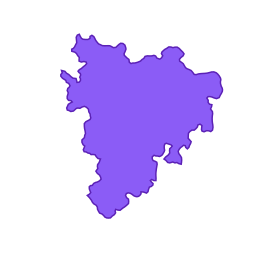 the district of Pavão, Minas Gerais, Brazil, rotated 288°
{"feature_id": "56859067B53491956407625", "entity_name": "Pavão", "entity_type": "district", "adm_level": 2, "iso_a3": "BRA", "parent_name": "Brazil", "parent_adm1": "Minas Gerais", "projection": "orthographic", "projection_center": [-41.066, -17.465], "detail": "fine", "context": "isolated", "style": "filled", "palette": "violet", "viewbox_px": 256, "rotation_deg": 288, "n_neighbors": 0, "source": "geoboundaries", "source_scale": "gbopen_adm2", "svg_char_len": 4625}
<svg xmlns="http://www.w3.org/2000/svg" viewBox="0 0 256 256"><g transform="rotate(288 128 128)"><path d="M202.1,52.7L200.7,51.1L198.3,50.7L195.5,51.9L193.2,52.9L191.3,52.5L188.5,52.1L186.8,51.4L185.6,50.1L183.6,50.8L183.7,54.0L182.9,56.0L181.3,57.8L180.0,59.9L178.4,60.2L176.5,60.8L176.3,63.2L177.6,65.5L177.8,67.8L176.4,68.8L174.4,67.9L172.5,66.6L170.1,65.2L168.5,63.7L166.6,62.9L165.6,64.2L165.1,65.8L163.8,66.6L161.4,66.4L160.1,67.6L158.4,68.1L156.5,67.4L155.6,65.4L157.2,64.5L159.0,63.3L158.4,60.2L159.2,57.9L160.6,55.1L161.1,52.6L162.4,50.5L162.2,47.0L160.2,48.4L158.1,47.6L156.5,48.1L155.1,50.3L154.6,52.1L154.1,54.1L152.4,55.3L152.1,57.8L150.3,59.8L148.4,59.4L147.1,58.5L144.8,58.6L143.0,60.3L141.0,60.4L139.3,60.4L137.2,61.1L135.9,62.9L136.4,65.4L135.5,66.9L133.9,65.4L132.1,63.9L129.9,63.7L128.1,63.5L126.3,64.7L126.4,66.4L126.0,68.5L127.3,70.9L129.1,71.9L130.7,72.8L131.5,74.1L131.9,76.2L133.8,77.9L135.1,79.8L134.9,82.0L133.7,84.5L131.2,85.8L129.5,87.7L128.0,88.3L126.1,89.5L124.4,89.3L122.9,87.9L121.0,86.0L118.7,85.1L116.3,85.9L114.2,86.8L111.8,88.2L109.5,89.3L107.7,89.1L105.4,89.5L103.9,88.7L102.4,87.9L100.2,88.6L98.2,90.5L97.5,92.4L95.9,92.4L93.5,92.2L91.9,93.6L92.3,95.7L91.8,97.6L92.1,99.4L91.3,101.1L92.0,102.9L92.4,104.9L90.9,106.7L89.7,108.9L90.0,111.4L88.4,111.3L86.2,111.2L83.8,110.4L81.9,110.8L80.1,111.8L78.6,111.3L77.0,110.8L75.4,112.8L74.4,115.5L72.7,117.2L71.0,118.2L68.9,117.2L67.1,115.5L66.2,114.0L64.7,112.5L62.4,111.8L61.6,110.1L60.1,109.3L58.0,110.1L56.4,111.4L55.1,112.5L53.2,111.8L51.3,110.1L49.9,112.8L48.0,115.5L46.3,117.2L45.3,118.9L44.7,121.6L43.4,123.2L41.2,124.2L39.6,125.8L38.3,127.3L38.2,129.8L37.2,132.0L36.2,133.4L35.9,135.5L36.3,137.2L37.1,139.1L39.5,140.3L41.4,141.8L43.5,142.4L45.1,141.4L46.8,141.4L46.8,143.7L47.3,145.9L49.3,147.2L50.6,148.1L51.8,149.1L53.9,150.5L56.3,151.8L58.5,151.3L60.5,150.4L61.3,148.2L63.1,146.5L65.2,146.7L66.4,148.3L66.6,150.4L66.2,152.3L65.4,154.3L65.2,156.0L65.4,157.7L66.3,159.2L67.6,160.1L69.4,160.7L71.3,160.1L71.9,162.6L71.8,165.7L73.6,166.7L75.8,166.5L78.4,166.6L79.6,168.2L81.4,169.3L82.9,169.0L83.8,167.1L84.9,165.5L86.4,166.5L86.0,169.0L86.6,170.8L88.8,170.2L91.1,169.3L93.5,168.5L95.3,168.1L97.9,167.6L100.5,167.2L102.6,166.9L104.3,166.0L104.7,164.3L104.8,161.9L106.3,160.5L108.1,160.0L110.1,161.2L110.0,163.1L110.5,164.8L110.6,166.7L111.7,168.0L113.2,169.0L114.8,169.3L116.5,169.7L118.2,169.7L120.0,168.7L122.1,168.0L124.0,167.9L125.3,169.1L125.3,171.4L125.3,174.0L124.5,175.6L122.8,175.0L121.2,174.1L119.3,174.5L117.1,175.4L114.7,174.6L112.1,172.8L109.6,171.8L108.9,174.1L107.5,176.4L107.7,178.5L109.5,181.1L109.3,183.4L110.3,185.2L109.8,187.3L110.0,189.8L111.8,189.5L114.0,189.0L116.4,188.0L117.9,186.3L119.4,184.2L121.5,182.9L123.7,183.3L125.7,184.1L127.0,185.1L128.7,186.1L128.9,187.9L127.4,188.9L126.5,190.9L128.4,191.9L130.4,191.9L132.5,192.3L134.5,192.3L135.6,190.5L136.8,188.4L138.9,187.8L141.7,187.1L143.8,187.9L145.7,189.4L146.5,191.7L148.5,192.9L150.5,193.7L152.4,193.5L153.9,195.3L153.2,197.5L150.9,198.0L149.2,198.4L147.9,199.4L147.9,201.5L149.8,203.7L150.3,205.9L150.2,207.8L152.1,209.0L154.9,208.6L157.1,207.7L159.0,206.7L160.8,205.9L163.3,205.0L165.8,204.4L167.7,204.1L169.7,203.2L171.6,200.6L174.1,200.9L176.1,200.6L175.8,198.2L177.1,196.3L179.2,195.7L180.8,193.7L182.6,194.5L183.2,196.3L183.4,198.2L183.2,200.6L183.3,203.1L185.1,205.3L187.6,205.6L189.7,206.1L191.9,206.4L193.5,206.1L195.0,205.3L196.5,203.8L198.7,202.3L200.5,201.6L202.5,201.4L204.0,200.6L205.7,198.7L207.0,196.7L207.8,194.8L207.9,192.4L207.2,190.3L206.0,188.5L204.7,186.4L203.7,184.2L203.0,182.4L202.2,180.4L201.2,178.3L199.8,176.3L199.4,174.4L200.4,173.1L201.4,171.6L202.2,170.2L202.5,167.9L202.6,165.8L203.2,164.0L204.7,162.3L206.2,160.7L207.0,158.6L207.5,156.5L209.3,155.7L211.4,156.6L213.6,158.1L215.8,158.4L217.1,156.7L218.3,154.3L219.5,152.1L220.1,149.7L219.4,147.7L218.3,145.9L218.3,143.8L217.7,141.7L215.7,140.2L214.0,138.6L212.3,137.6L210.8,136.8L209.1,136.8L207.4,138.7L205.0,138.2L203.3,136.9L203.4,133.9L205.0,132.0L205.1,130.2L203.9,128.3L203.1,126.0L202.6,124.1L201.4,122.1L199.0,121.5L197.5,120.2L195.5,119.2L193.6,117.0L192.0,114.6L191.2,112.3L190.2,110.9L191.0,108.9L193.5,107.7L194.2,105.6L195.1,103.8L196.0,102.0L197.5,101.3L199.7,101.6L202.4,101.7L203.9,100.9L205.9,99.4L206.8,97.0L206.3,94.8L204.6,93.5L202.6,92.4L201.0,91.6L199.9,89.3L200.4,86.9L200.6,85.2L200.0,83.3L199.4,81.6L198.9,80.1L198.4,78.1L198.7,76.1L198.9,74.0L200.0,72.2L201.4,70.2L203.0,68.7L204.4,67.2L205.0,65.0L203.4,63.6L201.4,64.1L199.8,62.5L199.0,60.0L198.5,57.7L198.9,56.0L200.5,54.2L202.1,52.7Z" fill="#8b5cf6" stroke="#5b21b6" stroke-width="1.5"/></g></svg>